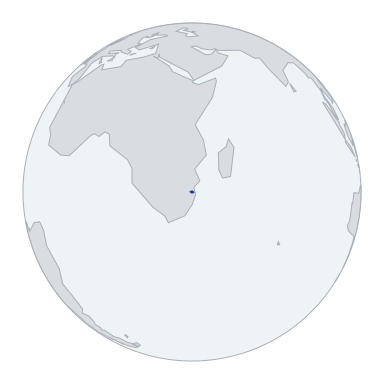 Shiselweni on an orthographic globe, rotated 343°
{"feature_id": "SWZ-537", "entity_name": "Shiselweni", "entity_type": "District", "adm_level": 1, "iso_a3": "SWZ", "parent_name": "eSwatini", "parent_adm1": "", "projection": "orthographic", "projection_center": [31.425, -27.036], "detail": "fine", "context": "on_globe", "style": "filled", "palette": "blue", "viewbox_px": 384, "rotation_deg": 343, "n_neighbors": 0, "source": "natural_earth", "source_scale": "10m", "svg_char_len": 5374}
<svg xmlns="http://www.w3.org/2000/svg" viewBox="0 0 384 384"><g transform="rotate(343 192 192)"><circle cx="192" cy="192" r="169" fill="#eef3f6" stroke="#a8b0b8"/><path d="M24.0,173.7L24.8,171.3L25.0,176.0L24.6,180.9L25.6,179.3L25.6,181.9L32.1,175.1L37.6,176.0L38.9,185.3L37.2,200.5L42.6,226.6L41.5,242.1L45.9,252.9L53.1,271.7L51.8,275.8L57.0,280.4L60.2,286.8L60.7,290.3L64.9,295.0L65.4,297.5L68.0,298.6L75.1,307.6L80.2,310.7L86.9,317.4L90.2,319.0L90.5,319.9L92.4,321.9L94.6,323.3L92.8,324.3L85.3,319.9L80.9,316.0L81.1,316.9L71.0,307.3L73.5,310.3L61.9,298.8L53.0,287.1L38.4,262.4L33.5,250.4L29.4,238.1L26.4,225.4L24.3,212.6L23.2,199.6L23.1,186.6L24.0,173.7ZM97.9,323.4L93.9,324.8L95.2,323.6L91.0,319.8L95.0,319.8L97.9,323.4ZM87.7,312.5L85.9,309.1L86.9,309.2L88.5,311.6L87.7,312.5ZM173.2,24.1L172.0,24.2L173.6,24.2L166.7,25.8L161.6,26.8L161.1,26.0L153.7,27.5L155.3,27.1L173.2,24.1ZM347.5,125.8L347.5,126.0L345.0,120.4L345.2,121.8L352.7,141.4L353.7,145.6L352.4,148.2L351.7,144.8L345.1,129.9L346.4,139.2L351.5,153.3L353.4,165.9L350.6,158.5L348.4,147.3L346.0,141.8L344.8,133.1L339.4,118.0L336.4,116.6L334.9,111.7L326.9,98.3L321.6,96.4L314.5,102.2L316.4,114.8L312.6,118.4L300.9,95.8L295.7,83.4L291.4,82.6L279.4,70.5L258.7,64.4L255.7,61.4L251.8,61.8L243.3,57.9L238.8,53.5L233.7,53.0L245.7,65.0L251.2,65.8L255.8,62.7L258.1,67.0L266.3,72.4L257.3,80.3L226.4,85.8L223.5,76.4L200.3,53.5L201.1,51.4L201.0,51.2L200.7,50.7L198.5,54.2L194.6,50.5L206.9,64.7L208.9,71.6L226.0,86.3L224.4,87.6L229.9,91.2L247.7,89.9L247.8,93.1L239.3,107.4L214.8,128.4L218.1,145.6L216.5,160.8L201.3,170.8L202.8,183.6L195.1,188.2L194.7,195.7L188.5,204.1L178.2,212.6L160.4,214.5L159.2,207.4L150.0,194.9L137.2,165.9L141.5,151.9L139.8,142.3L127.0,124.0L129.8,112.6L126.4,109.0L119.4,111.7L115.5,107.6L111.3,108.6L85.1,121.4L77.3,118.4L68.6,105.1L73.5,96.0L74.8,88.6L108.8,54.5L115.6,53.0L141.9,44.1L145.1,44.0L141.5,48.8L160.8,51.3L167.6,46.8L185.6,48.9L197.9,48.8L203.2,40.8L183.1,40.7L180.1,37.3L196.6,34.2L214.2,35.6L213.6,34.4L202.9,31.3L207.4,29.8L199.2,30.3L202.2,31.4L197.2,31.9L194.1,31.0L195.8,30.4L190.6,29.9L183.9,33.7L186.2,35.3L172.3,36.8L174.8,39.8L170.9,41.6L165.1,37.4L166.0,35.8L155.0,33.3L152.8,35.1L163.1,37.7L159.7,37.8L156.8,41.0L156.3,38.7L145.7,36.1L133.4,39.8L117.1,50.8L110.1,53.9L104.5,54.9L111.3,46.8L126.2,41.0L128.8,38.8L126.4,38.0L131.1,36.5L132.0,35.7L137.7,33.9L146.4,30.5L152.3,29.1L156.3,27.2L159.9,26.4L156.5,27.6L157.3,28.0L172.0,25.9L175.0,25.3L176.4,24.4L180.3,24.3L179.8,23.8L188.6,23.3L177.5,23.8L178.6,23.6L191.0,23.0L203.4,23.4L215.7,24.7L227.9,26.9L239.9,30.0L251.7,33.9L263.1,38.7L274.1,44.3L284.7,50.8L294.9,58.0L304.4,65.9L313.4,74.4L321.6,83.7L329.2,93.5L336.1,103.8L342.2,114.6L347.5,125.8ZM96.7,67.9L95.6,70.1L96.7,67.9ZM232.9,42.3L243.5,44.5L238.8,39.5L242.5,40.1L239.5,38.4L238.4,39.1L231.2,34.9L235.8,34.8L234.6,33.4L230.9,32.6L223.7,33.6L233.9,39.3L231.4,40.6L232.9,42.3ZM131.2,34.4L132.9,33.9L130.4,35.0L122.9,38.1L126.5,36.3L131.2,34.4ZM140.8,31.0L139.4,31.5L142.3,30.5L138.4,31.9L141.3,31.8L139.2,33.0L126.6,37.3L131.8,35.0L129.8,35.5L135.9,33.0L137.4,32.1L140.8,31.0ZM149.0,41.9L151.6,41.6L155.6,40.8L153.9,43.1L149.0,41.9ZM141.6,40.1L143.9,39.4L143.5,41.6L140.8,42.1L141.6,40.1ZM145.6,37.3L144.1,39.2L143.4,38.4L145.6,37.3ZM158.7,27.1L161.2,26.6L161.3,26.7L159.8,27.2L158.7,27.1ZM199.5,41.9L195.8,43.4L194.0,42.6L195.7,42.3L199.5,41.9ZM173.6,42.4L179.3,43.0L173.0,43.0L173.6,42.4ZM260.0,264.7L260.5,268.1L258.2,267.5L260.0,264.7ZM245.2,161.5L233.4,188.4L225.4,187.6L224.1,178.8L228.6,162.2L237.8,158.6L242.4,151.9L245.2,161.5ZM358.5,213.7L358.4,217.2L358.3,217.8L358.5,213.7ZM358.6,208.4L358.9,211.7L358.3,209.4L358.6,208.4ZM358.9,213.1L359.1,214.9L359.2,215.2L359.0,216.4L358.9,213.1ZM358.3,206.3L355.0,195.0L353.2,188.9L354.1,187.2L357.0,194.8L358.3,206.3ZM353.9,186.8L350.6,173.1L343.0,144.0L345.8,147.2L353.1,168.5L352.7,170.2L354.7,179.8L353.9,186.8ZM360.1,175.4L360.3,178.0L360.8,186.4L360.3,189.4L359.8,195.5L358.4,188.7L357.5,184.8L357.0,174.3L357.3,171.1L358.2,173.5L359.3,168.1L359.8,172.0L360.1,175.4ZM317.1,116.4L321.0,126.2L318.7,126.2L317.1,116.4ZM348.1,127.3L349.1,129.8L348.3,128.1L347.4,126.0L347.9,127.0L348.1,127.3ZM305.1,317.5L302.2,320.0L303.3,318.9L309.6,313.2L306.7,316.1L305.1,317.5ZM314.2,308.7L313.9,308.9L317.7,304.6L325.5,295.3L325.0,295.5L328.1,291.9L326.1,293.9L330.7,287.5L333.9,281.9L330.1,274.7L330.9,269.5L334.3,265.8L342.2,248.5L342.3,250.1L346.7,240.0L351.1,242.0L355.3,234.5L353.8,240.8L349.5,253.3L344.2,265.4L338.0,277.1L330.9,288.2L322.9,298.8L314.2,308.7ZM358.3,221.7L358.2,221.4L358.6,220.1L358.3,221.7ZM360.9,196.8L360.9,197.1L360.3,206.6L360.1,208.4L360.8,198.3L360.1,205.2L360.1,203.4L360.6,195.8L360.9,189.5L360.9,188.0L361.0,190.4L360.9,189.7L360.9,195.0L360.9,195.5L360.9,196.8Z" fill="#d9dde1" stroke="#a8b0b8" stroke-width="1"/><path d="M191.5,192.6L191.3,192.5L191.2,192.4L191.1,192.2L190.8,192.0L190.8,191.9L190.8,191.7L190.7,191.5L190.6,191.4L190.6,191.2L190.8,191.2L191.0,191.2L191.0,191.3L191.1,191.5L191.2,191.4L191.3,191.4L191.5,191.3L191.8,191.3L191.9,191.2L192.0,191.2L192.3,191.2L192.3,191.3L192.3,191.5L192.2,191.5L192.3,191.7L192.3,191.8L192.5,191.8L192.7,192.0L192.8,192.0L193.0,192.1L193.2,192.3L193.3,192.3L193.4,192.7L193.4,192.8L193.2,192.8L192.9,192.8L192.6,192.8L192.3,192.8L192.1,192.8L191.8,192.7L191.6,192.6L191.5,192.6Z" fill="#3b82f6" stroke="#1e3a8a" stroke-width="1.5"/></g></svg>